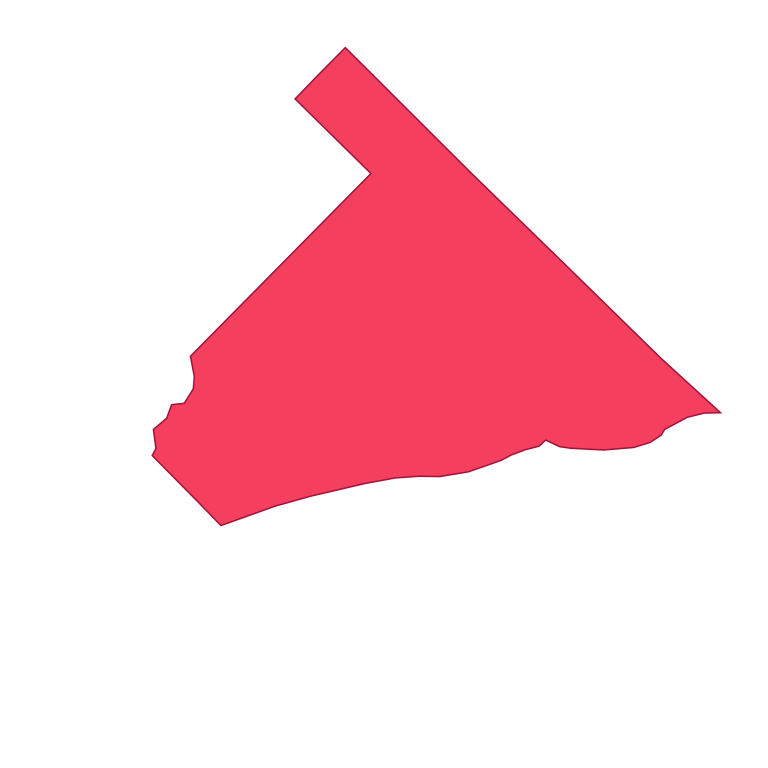 outline of Bay, United States of America, rotated 314°
{"feature_id": "52423323B92612294973993", "entity_name": "Bay", "entity_type": "district", "adm_level": 2, "iso_a3": "USA", "parent_name": "United States of America", "parent_adm1": "", "projection": "albers", "projection_center": [-85.662, 30.246], "detail": "fine", "context": "isolated", "style": "filled", "palette": "rose", "viewbox_px": 768, "rotation_deg": 314, "n_neighbors": 0, "source": "geoboundaries", "source_scale": "gbopen_adm2", "svg_char_len": 663}
<svg xmlns="http://www.w3.org/2000/svg" viewBox="0 0 768 768"><g transform="rotate(314 384 384)"><path d="M599.1,122.5L563.4,122.0L527.3,122.0L526.3,228.4L269.5,225.5L257.6,242.4L248.0,250.2L231.4,253.7L221.6,245.6L208.5,251.4L191.1,249.7L179.2,264.7L171.5,267.0L170.0,330.3L168.9,365.0L220.5,390.5L251.8,408.8L298.9,439.2L324.1,457.2L342.0,473.3L356.0,488.3L379.5,505.7L410.2,521.2L421.4,524.9L434.9,531.3L446.9,538.7L456.0,539.3L460.9,553.8L467.6,563.1L489.3,588.0L511.9,607.8L527.0,616.1L540.0,618.9L546.3,617.4L570.7,625.3L585.5,634.5L597.1,646.0L594.9,565.9L595.8,420.6L596.3,300.4L599.1,122.5Z" fill="#f43f5e" stroke="#9f1239" stroke-width="1.5"/></g></svg>